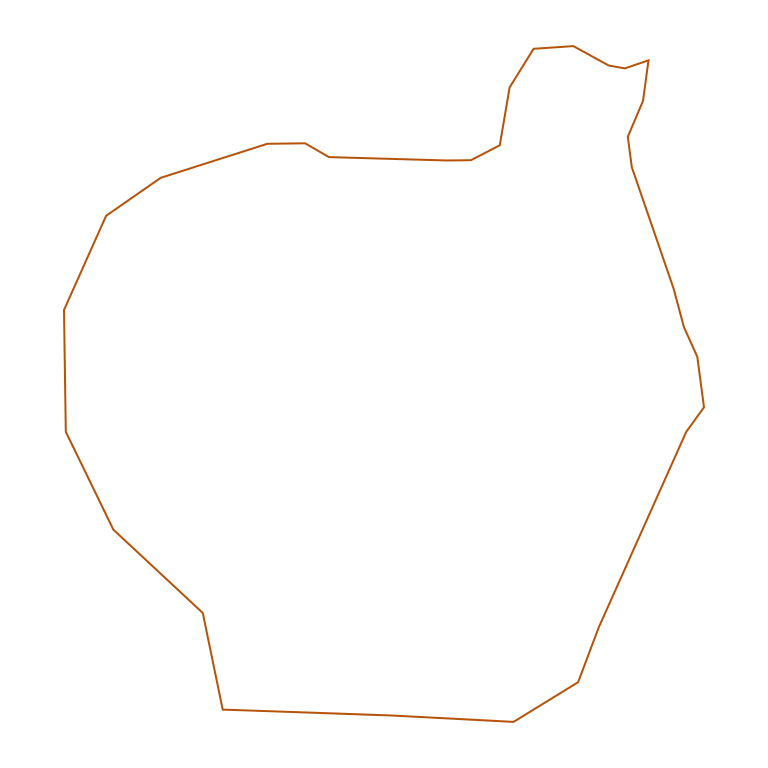 Beni, Nord-Kivu, Democratic Republic of the Congo (Mercator projection)
{"feature_id": "63176286B12710938610069", "entity_name": "Beni", "entity_type": "district", "adm_level": 2, "iso_a3": "COD", "parent_name": "Democratic Republic of the Congo", "parent_adm1": "Nord-Kivu", "projection": "mercator", "projection_center": [29.473, 0.481], "detail": "fine", "context": "isolated", "style": "outline", "palette": "amber", "viewbox_px": 768, "rotation_deg": 0, "n_neighbors": 0, "source": "geoboundaries", "source_scale": "gbopen_adm2", "svg_char_len": 503}
<svg xmlns="http://www.w3.org/2000/svg" viewBox="0 0 768 768"><path d="M160.7,177.8L106.1,215.8L64.0,310.0L65.8,431.8L113.4,529.7L202.8,613.0L222.7,709.6L391.6,715.5L513.5,721.9L578.1,682.2L598.7,627.5L686.3,431.7L704.0,407.3L697.3,356.8L683.9,327.1L673.6,288.6L631.8,167.2L627.8,136.8L643.0,100.9L648.5,60.3L624.9,68.4L608.7,65.5L573.3,46.1L533.6,48.8L509.6,87.4L499.8,145.2L471.0,160.2L447.5,160.5L328.9,157.1L305.1,143.3L267.3,143.8L160.7,177.8Z" fill="none" stroke="#b45309" stroke-width="2"/></svg>